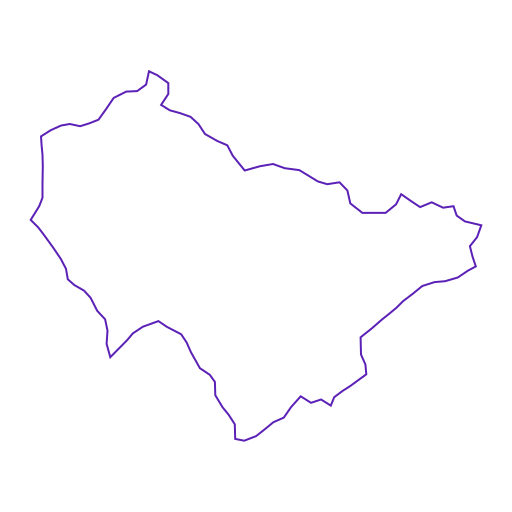 the district of Lagoa Seca, Paraíba, Brazil
{"feature_id": "56859067B23041586194223", "entity_name": "Lagoa Seca", "entity_type": "district", "adm_level": 2, "iso_a3": "BRA", "parent_name": "Brazil", "parent_adm1": "Paraíba", "projection": "mercator", "projection_center": [-35.864, -7.147], "detail": "fine", "context": "isolated", "style": "outline", "palette": "violet", "viewbox_px": 512, "rotation_deg": 0, "n_neighbors": 0, "source": "geoboundaries", "source_scale": "gbopen_adm2", "svg_char_len": 1523}
<svg xmlns="http://www.w3.org/2000/svg" viewBox="0 0 512 512"><path d="M330.8,405.6L334.2,397.2L342.6,390.9L350.1,386.1L366.3,374.3L365.4,364.5L361.0,354.5L360.6,337.3L372.5,327.8L381.4,320.0L389.4,313.6L396.4,307.8L403.0,301.2L412.6,293.9L422.3,286.0L434.6,282.1L445.1,281.2L457.8,277.5L467.7,270.8L475.8,266.4L472.5,256.5L469.9,246.2L477.1,237.1L481.3,225.3L464.9,221.4L456.7,215.6L453.5,206.2L443.1,207.7L431.7,202.3L420.1,207.1L410.2,200.5L401.2,194.2L396.1,204.3L385.6,212.9L374.7,212.9L362.4,212.9L350.3,203.4L347.4,190.5L339.5,182.3L327.2,184.2L317.8,181.4L299.3,170.1L284.7,168.2L273.0,164.0L260.1,166.2L244.7,170.5L232.8,155.8L227.3,145.3L217.3,141.0L205.0,134.0L198.4,124.0L190.5,116.8L180.0,113.1L169.8,110.3L161.1,104.9L168.3,94.0L168.3,83.1L157.1,75.1L149.0,71.3L146.1,84.6L137.1,91.1L126.2,91.6L113.7,97.9L106.0,109.2L98.5,119.7L88.8,123.5L80.1,126.2L69.8,124.0L61.2,125.5L50.9,130.1L41.0,136.4L41.6,145.3L42.5,154.9L42.8,166.2L42.5,183.4L42.5,197.7L39.2,206.2L30.7,219.9L38.3,227.5L44.9,236.2L53.3,247.8L60.8,258.9L66.0,268.8L67.8,279.3L74.4,285.1L84.0,290.6L90.6,297.8L97.2,310.8L105.1,319.3L107.5,330.6L106.6,343.9L110.3,357.2L118.9,348.5L127.3,340.0L132.8,333.4L142.9,326.7L158.4,321.1L167.0,326.9L181.2,334.3L186.7,342.6L190.9,352.1L199.9,368.2L209.8,374.8L214.9,381.9L215.3,395.2L222.5,407.2L228.7,414.8L234.8,424.3L235.2,438.9L244.2,440.7L256.1,436.1L264.5,429.5L273.4,422.2L283.8,417.6L291.0,407.2L300.7,396.3L311.0,402.8L321.1,399.5L330.8,405.6Z" fill="none" stroke="#5b21b6" stroke-width="2"/></svg>